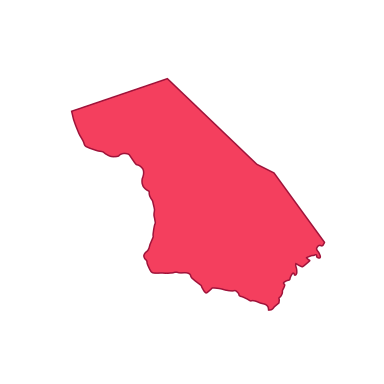 Virginia, Lempira, Honduras, rotated 27°
{"feature_id": "27666195B15958478050102", "entity_name": "Virginia", "entity_type": "district", "adm_level": 2, "iso_a3": "HND", "parent_name": "Honduras", "parent_adm1": "Lempira", "projection": "albers", "projection_center": [-88.553, 14.007], "detail": "fine", "context": "isolated", "style": "filled", "palette": "rose", "viewbox_px": 384, "rotation_deg": 27, "n_neighbors": 0, "source": "geoboundaries", "source_scale": "gbopen_adm2", "svg_char_len": 6013}
<svg xmlns="http://www.w3.org/2000/svg" viewBox="0 0 384 384"><g transform="rotate(27 192 192)"><path d="M118.6,102.2L48.1,174.7L51.8,179.1L52.9,180.4L53.7,181.3L56.3,183.8L58.1,185.5L59.8,187.0L62.7,189.5L63.5,190.2L64.3,190.9L66.3,192.4L71.0,195.4L71.8,196.0L72.9,196.9L74.4,198.4L74.9,198.8L75.5,199.2L76.1,199.4L76.5,199.5L77.1,199.6L79.1,199.5L81.0,199.4L83.8,199.0L87.3,198.5L89.0,198.2L89.9,198.0L91.4,197.5L92.9,197.0L93.7,196.8L94.3,196.7L94.7,196.7L95.1,196.7L95.5,196.8L96.7,197.1L97.4,197.2L98.2,197.3L99.3,197.3L100.6,197.4L102.5,197.3L103.2,197.2L104.0,197.0L104.5,196.8L105.1,196.6L106.0,196.2L107.1,195.6L108.3,194.9L109.0,194.4L109.5,194.0L110.0,193.6L110.2,193.2L110.4,192.9L110.6,192.3L110.8,191.8L111.0,191.3L111.3,190.8L111.8,190.3L112.3,189.7L112.7,189.4L113.3,188.9L114.3,188.3L115.3,187.9L115.8,187.7L116.5,187.5L117.2,187.3L117.8,187.2L118.4,187.2L118.8,187.2L119.2,187.3L119.6,187.5L120.7,188.1L124.1,190.0L127.4,191.8L129.2,192.6L129.7,192.8L130.2,192.8L130.7,192.7L131.6,192.5L132.3,192.4L133.2,192.4L133.9,192.5L135.0,192.7L136.2,193.1L137.2,193.5L137.6,193.7L138.0,194.0L138.5,194.5L138.9,194.8L139.3,195.4L139.8,196.1L140.3,197.1L140.8,198.3L141.1,199.5L141.4,200.8L141.6,202.6L141.8,203.3L142.0,203.9L142.5,205.0L143.0,205.9L143.7,207.0L144.4,207.7L145.2,208.5L146.0,209.2L146.8,209.6L147.8,210.0L148.9,210.4L150.5,210.7L151.2,210.8L152.2,210.8L152.7,210.8L153.3,210.9L153.6,211.1L153.9,211.5L154.1,211.8L154.3,212.3L154.7,213.0L155.3,213.8L155.7,214.3L156.2,214.8L158.1,216.2L159.3,216.9L160.4,217.5L160.7,217.7L160.9,217.9L161.5,218.5L162.8,220.1L165.2,222.9L165.9,223.8L166.5,224.6L166.8,225.2L167.0,225.7L167.2,226.2L167.5,227.1L167.7,227.8L168.2,229.0L168.7,230.0L169.1,230.6L170.9,232.8L172.9,235.5L173.2,235.9L173.3,236.2L173.5,236.8L173.6,238.1L173.8,239.0L174.6,241.8L175.0,243.1L175.5,244.5L176.5,247.3L177.0,248.3L177.6,249.2L177.8,249.7L177.9,250.4L178.1,253.4L178.4,257.6L178.5,258.2L178.8,259.6L179.0,260.6L179.2,261.6L179.2,262.7L179.2,263.7L179.0,264.6L178.9,265.0L178.5,265.9L178.2,266.6L178.0,267.3L177.8,268.3L177.8,269.0L177.8,269.6L177.9,270.2L178.0,270.6L178.3,271.1L178.8,271.7L179.4,272.2L180.0,272.7L180.4,272.9L180.8,273.1L181.2,273.2L181.9,273.4L182.2,273.5L182.6,273.7L182.9,273.9L183.5,274.5L184.2,275.6L184.7,276.2L186.0,277.4L188.0,279.0L189.7,280.3L190.7,280.9L191.6,281.5L192.3,281.7L193.0,281.8L193.3,281.8L193.7,281.8L194.7,281.5L195.3,281.3L196.6,280.7L198.4,279.8L200.3,278.7L201.2,278.2L202.6,277.5L205.1,276.5L206.4,275.8L207.3,275.4L209.5,274.0L211.2,273.0L212.0,272.4L212.8,271.6L213.3,271.2L214.3,270.6L214.6,270.5L215.1,270.3L216.7,270.0L217.8,269.6L219.1,269.0L221.0,267.9L222.4,267.1L223.2,266.8L223.8,266.5L224.7,266.3L225.3,266.1L226.1,266.1L226.7,266.1L227.3,266.2L227.7,266.3L228.1,266.5L228.4,266.8L229.2,267.6L229.8,268.1L230.5,268.5L231.2,268.8L235.3,269.8L242.6,271.1L242.9,271.3L243.8,272.2L244.6,272.8L246.1,273.8L247.7,274.8L248.2,275.1L248.9,275.3L249.6,275.5L250.1,275.6L250.4,275.5L250.7,275.3L250.9,275.1L251.1,274.8L251.9,273.0L252.6,271.2L253.0,270.2L253.4,268.8L253.6,268.5L253.8,268.3L254.1,268.0L255.7,267.3L256.9,266.8L259.9,265.7L261.2,265.3L262.7,264.9L264.9,264.5L266.7,264.1L267.9,263.7L269.3,263.3L271.3,262.5L272.7,261.9L273.4,261.5L274.4,260.7L274.9,260.4L275.4,260.2L276.0,260.2L276.8,260.3L278.1,260.7L278.9,261.0L279.4,261.2L279.8,261.5L280.3,262.0L280.7,262.5L281.0,262.7L281.4,262.9L281.9,262.9L282.7,262.9L284.3,262.5L284.9,262.5L285.6,262.4L290.0,262.3L292.4,262.5L293.4,262.5L293.7,262.4L294.0,262.2L294.9,261.5L295.2,261.3L295.6,261.1L296.9,260.7L298.0,260.4L298.8,260.3L299.5,260.2L302.2,260.0L303.4,259.9L304.3,259.7L306.4,259.2L307.3,259.0L308.1,258.9L309.1,258.9L309.9,259.0L310.8,259.3L311.5,259.6L312.0,260.0L312.5,260.5L313.1,261.3L313.8,262.4L314.6,262.0L315.2,261.6L316.0,261.0L316.3,260.6L316.6,260.1L316.9,259.5L317.2,258.4L317.4,257.2L317.6,256.6L319.7,251.6L319.8,251.3L319.7,251.1L319.4,250.3L318.9,248.8L318.5,248.2L317.8,247.4L317.7,247.2L317.7,246.9L317.7,246.6L317.7,246.3L318.2,245.5L318.3,245.1L318.4,244.8L318.5,243.6L318.5,242.3L318.4,241.4L318.2,240.6L317.9,240.0L317.5,239.1L317.3,238.5L317.3,237.9L317.3,236.7L317.3,235.6L317.2,234.4L317.0,233.2L316.8,232.8L316.6,232.5L316.4,232.4L316.1,232.2L315.4,232.1L315.1,231.9L315.0,231.7L314.9,231.5L314.8,231.3L314.8,231.1L315.0,230.7L315.2,230.2L315.7,229.4L316.3,228.5L316.7,228.0L317.2,227.5L317.5,227.2L318.3,226.6L318.6,226.2L318.7,225.9L318.8,225.6L318.8,225.3L318.5,224.2L318.4,223.4L318.3,222.6L318.3,221.5L318.3,220.4L318.4,219.9L318.5,219.2L318.7,218.7L318.9,218.4L319.2,218.3L319.5,218.2L319.9,218.3L320.1,218.5L320.3,218.7L320.5,219.0L320.9,219.3L321.1,219.4L321.3,219.4L321.5,219.3L321.8,219.1L322.0,218.9L322.2,218.2L322.2,217.6L322.2,217.0L322.1,216.6L321.7,215.7L320.8,214.1L320.2,213.2L319.4,212.2L318.9,211.8L318.6,211.4L318.3,211.1L317.9,210.6L317.5,210.0L317.3,209.2L317.1,208.7L317.7,208.6L318.9,208.7L319.9,208.8L322.2,208.8L323.7,208.7L324.1,208.6L324.3,208.5L324.5,208.3L325.1,207.2L326.2,204.7L327.2,202.3L327.8,200.7L328.1,199.8L328.0,199.6L327.9,199.5L327.6,199.4L327.4,199.4L326.7,199.4L326.0,199.3L325.0,199.0L324.0,198.6L323.9,198.6L323.9,198.4L324.0,198.3L325.6,196.4L327.4,194.4L327.8,194.1L328.7,193.6L329.3,193.2L329.7,192.8L330.2,192.1L330.5,191.8L330.8,191.7L331.2,191.6L331.4,191.6L331.6,191.7L331.8,191.8L331.9,192.0L332.2,192.6L332.4,192.9L332.6,193.1L332.8,193.2L333.2,193.4L333.6,193.4L333.8,193.4L334.4,193.3L334.8,193.3L335.4,193.0L335.6,192.9L335.8,192.7L335.9,192.2L335.9,191.9L335.8,191.6L335.6,191.2L335.2,190.7L334.1,189.7L332.6,188.5L331.7,188.0L330.2,187.3L329.8,187.0L329.5,186.8L329.1,186.5L328.9,186.2L328.7,185.9L328.6,185.5L328.6,185.2L328.6,184.6L328.7,183.7L328.8,183.3L329.0,182.7L329.1,182.4L329.3,182.2L329.7,181.8L330.0,181.6L330.3,181.5L330.8,181.3L331.5,181.3L331.8,181.2L332.0,181.1L332.4,180.8L332.6,180.6L332.7,180.4L332.9,180.0L332.9,179.1L333.0,177.7L332.9,176.7L256.4,137.8L237.2,137.9L118.6,102.2Z" fill="#f43f5e" stroke="#9f1239" stroke-width="1.5"/></g></svg>